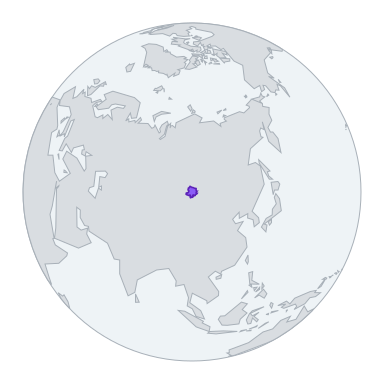 the Earth from above Hövsgöl
{"feature_id": "MNG-3321", "entity_name": "Hövsgöl", "entity_type": "Province", "adm_level": 1, "iso_a3": "MNG", "parent_name": "Mongolia", "parent_adm1": "", "projection": "orthographic", "projection_center": [99.984, 50.195], "detail": "fine", "context": "on_globe", "style": "filled", "palette": "violet", "viewbox_px": 384, "rotation_deg": 0, "n_neighbors": 0, "source": "natural_earth", "source_scale": "10m", "svg_char_len": 13471}
<svg xmlns="http://www.w3.org/2000/svg" viewBox="0 0 384 384"><circle cx="192" cy="192" r="169" fill="#eef3f6" stroke="#a8b0b8"/><path d="M278.7,47.0L282.5,49.5L282.1,51.3L271.2,49.8L269.8,47.7L267.3,47.9L268.9,50.8L270.6,52.7L264.2,59.9L267.7,72.9L274.2,78.2L268.6,76.4L284.6,87.8L289.9,97.2L280.5,85.9L277.0,84.3L279.0,90.2L275.8,89.9L274.9,92.6L270.9,91.9L265.7,85.8L263.0,85.3L264.6,89.5L261.6,91.7L259.7,85.5L254.2,88.7L244.5,79.9L242.7,65.3L234.0,61.1L223.4,48.4L221.0,49.6L215.5,46.0L210.7,46.1L210.1,44.1L206.8,46.0L208.3,47.9L207.4,49.5L204.7,49.8L203.4,47.1L204.6,46.6L202.8,46.0L203.3,44.6L201.6,45.5L200.4,42.4L197.6,46.0L193.3,44.0L193.6,41.9L198.7,41.4L212.2,36.3L214.1,34.6L211.5,32.3L195.8,29.1L195.7,27.7L191.8,26.4L189.5,27.2L191.7,28.7L186.4,30.3L189.7,32.3L188.0,33.3L189.4,36.0L183.6,36.4L177.2,35.6L175.8,33.6L172.9,33.3L169.7,36.1L162.7,33.6L150.5,34.5L149.3,34.0L155.1,30.8L166.6,28.2L174.1,25.4L163.5,28.2L160.7,27.4L157.8,27.8L154.7,28.7L153.5,29.4L151.4,29.6L161.0,26.5L163.1,26.3L160.1,27.2L165.4,26.1L171.9,24.6L170.0,24.6L180.7,23.4L193.5,23.0L206.3,23.6L219.0,25.2L231.5,27.7L243.8,31.2L255.8,35.6L267.5,40.8L278.7,47.0ZM346.9,126.5L345.7,124.8L345.7,123.8L346.9,126.5ZM345.4,125.1L345.7,125.4L345.6,125.5L345.4,125.1ZM345.6,126.1L345.5,125.4L345.8,126.5L345.6,126.1ZM346.0,127.8L345.7,126.8L345.8,127.0L346.0,127.8ZM346.1,129.6L346.1,130.0L345.7,128.9L346.1,129.6ZM271.8,53.7L269.3,50.9L269.0,48.6L271.5,50.8L271.8,53.7ZM271.8,58.8L269.7,57.2L272.7,56.6L273.0,57.7L271.8,58.8ZM279.6,82.3L278.2,79.3L280.7,82.4L279.6,82.3ZM275.5,93.2L276.9,94.2L275.9,95.2L275.5,93.2ZM192.5,35.6L191.0,35.7L191.5,35.2L192.5,35.6ZM194.5,36.6L196.2,35.8L197.4,36.2L196.3,36.7L194.5,36.6ZM268.8,95.1L266.6,96.7L267.9,94.0L268.8,95.1ZM192.1,37.6L199.3,37.0L201.4,37.8L199.1,40.3L192.1,37.6ZM264.8,96.9L259.6,101.0L262.4,103.5L251.7,99.1L259.6,96.9L260.8,93.1L262.2,96.0L264.8,96.9ZM209.9,48.4L208.2,46.4L212.1,47.8L209.9,48.4ZM212.7,48.9L225.9,51.6L227.1,55.0L222.4,53.3L225.9,57.7L219.9,57.9L216.7,55.6L217.1,53.3L214.5,55.2L212.7,48.9ZM246.7,96.2L244.7,96.4L245.8,95.0L246.7,96.2ZM207.3,50.2L209.9,50.4L211.1,53.2L206.1,53.5L207.3,52.5L207.3,50.2ZM229.8,58.8L229.8,61.1L224.9,61.9L224.3,63.0L219.9,58.2L229.8,58.8ZM205.7,52.0L203.6,53.6L200.6,52.6L204.8,50.3L205.7,52.0ZM213.5,53.9L213.8,55.4L212.0,54.6L213.5,53.9ZM188.7,50.4L191.8,50.3L192.7,51.7L188.7,50.4ZM203.0,54.3L204.0,54.6L204.7,55.2L202.7,56.1L203.0,54.3ZM216.8,59.3L214.8,59.2L218.4,61.2L214.9,62.1L212.6,58.8L212.1,60.6L211.0,60.9L210.4,58.0L216.8,59.3ZM202.8,58.9L198.7,55.4L192.8,55.2L191.9,53.8L201.5,54.4L202.8,58.9ZM207.3,58.6L204.3,58.5L204.6,56.7L206.9,55.8L207.3,58.6ZM213.3,63.9L219.3,63.4L219.6,64.2L213.3,63.9ZM201.0,59.2L202.1,60.0L200.6,59.3L201.0,59.2ZM209.5,62.8L211.5,62.5L211.8,63.3L209.5,62.8ZM202.4,62.1L201.1,60.9L202.6,60.2L202.4,62.1ZM205.6,62.7L205.5,64.0L203.9,60.6L206.5,62.4L205.6,62.7ZM209.4,63.7L210.3,64.1L208.5,63.7L209.4,63.7ZM197.5,65.8L195.2,61.8L198.5,60.1L200.3,64.2L197.5,65.8ZM50.5,99.6L52.3,97.1L60.1,99.9L57.0,107.4L57.7,125.5L56.9,129.1L51.6,132.5L47.9,155.2L52.9,155.2L54.8,172.6L59.4,181.2L70.3,173.4L62.8,159.0L66.7,151.2L76.9,158.1L84.2,171.1L86.0,168.6L85.7,156.2L91.8,155.4L86.1,151.7L85.2,156.0L81.6,154.0L82.2,150.0L84.4,149.7L83.4,145.1L73.5,147.9L71.4,152.5L66.2,143.8L62.2,150.9L59.2,150.4L64.8,138.3L67.6,136.1L74.3,119.5L70.8,121.0L64.3,136.9L64.3,133.7L59.6,136.3L63.2,131.8L71.2,114.6L69.5,106.8L59.5,105.5L60.1,100.7L64.1,93.5L75.5,86.7L72.9,98.4L76.9,96.7L84.0,89.2L82.6,93.6L85.2,92.1L84.9,96.5L91.0,98.3L91.6,102.5L100.3,99.4L101.8,101.3L96.2,102.5L92.7,105.8L95.1,116.7L97.4,117.7L102.9,114.9L102.8,118.5L107.8,114.5L112.3,119.6L111.0,110.1L117.3,107.2L123.5,108.4L125.3,105.9L115.4,104.0L111.6,104.8L108.7,108.2L98.3,109.7L96.1,106.8L106.2,99.3L104.2,94.6L112.9,91.2L134.5,97.6L140.2,102.7L136.5,117.8L131.5,118.3L130.4,113.0L125.7,120.9L128.8,118.8L128.8,121.9L134.9,120.4L135.2,122.6L140.5,117.5L141.5,120.0L138.1,123.2L148.0,123.5L151.8,128.3L153.9,127.4L155.0,125.0L159.1,133.0L160.5,131.9L159.7,128.9L161.9,125.0L167.3,121.3L168.4,124.3L166.6,126.0L164.4,134.2L159.4,138.7L160.4,139.5L165.0,136.4L167.7,126.3L170.7,123.3L170.1,128.1L170.6,126.1L172.4,125.5L175.2,127.8L176.1,122.7L194.7,113.9L202.1,117.9L199.5,122.8L213.7,121.0L220.9,126.4L220.1,123.4L226.4,121.1L224.2,119.3L224.3,117.8L239.5,111.7L243.9,112.9L249.5,107.7L249.2,106.3L246.2,105.1L251.7,99.1L262.4,103.5L262.7,106.4L269.1,107.5L269.0,114.1L271.8,120.3L267.9,127.5L270.5,132.1L272.8,132.0L278.0,138.5L281.0,152.6L268.7,141.4L262.3,121.8L264.1,129.6L260.7,128.0L259.6,131.0L261.0,136.8L263.0,137.3L250.4,148.7L248.2,165.0L255.4,162.5L260.4,166.1L264.2,184.2L252.1,211.3L258.6,217.7L259.3,222.6L254.2,226.8L253.1,219.7L247.6,218.0L247.8,213.6L239.3,218.3L239.1,212.2L232.6,219.3L235.5,223.7L243.1,221.5L237.5,230.6L245.7,237.6L247.0,247.1L234.7,265.2L221.5,271.3L220.8,274.1L215.3,271.2L208.3,277.0L218.7,291.5L218.5,295.6L207.1,303.6L206.8,300.7L192.3,293.2L189.8,302.7L200.7,310.6L204.5,319.0L196.1,316.4L192.3,308.8L187.2,305.9L188.5,297.7L184.0,284.5L175.6,286.2L176.2,280.9L168.8,268.5L156.6,270.0L137.3,279.9L134.8,292.4L128.1,295.8L119.7,273.9L119.7,260.0L114.2,259.0L107.5,243.2L89.0,231.1L88.5,226.4L84.6,225.5L80.2,217.5L80.3,210.0L76.7,207.2L77.0,227.0L81.1,230.1L87.6,228.1L86.7,234.0L91.2,242.7L78.5,248.1L54.5,238.2L55.8,227.9L56.5,188.9L58.5,186.7L58.7,186.4L58.9,185.6L55.2,188.5L56.6,181.1L52.3,205.9L50.0,214.3L54.1,238.5L52.8,238.7L55.3,244.9L67.5,253.0L66.8,255.8L58.8,263.3L45.0,264.0L49.0,276.9L51.6,284.6L47.9,280.2L42.0,269.8L36.9,259.0L32.5,247.8L29.0,236.4L26.2,224.8L24.3,212.9L23.3,201.0L23.1,189.1L23.3,185.8L23.7,179.7L23.9,174.7L24.9,167.5L25.4,163.8L25.5,163.4L28.4,149.9L32.3,136.7L37.4,123.8L43.5,111.5L50.5,99.6ZM51.8,103.4L50.2,105.0L51.8,103.4ZM88.3,191.1L95.1,198.3L98.5,188.1L101.4,190.1L101.5,186.0L98.7,187.3L99.8,176.6L105.1,177.6L107.6,173.7L105.4,171.1L95.6,171.3L93.8,186.3L89.5,187.7L88.3,191.1ZM160.1,27.6L159.3,27.8L156.0,28.6L157.4,28.0L160.1,27.6ZM142.5,33.8L139.4,33.9L142.6,33.3L143.9,32.4L152.2,30.3L149.1,33.7L149.0,32.4L142.5,33.8ZM162.3,28.9L157.4,29.5L162.9,28.7L162.3,28.9ZM99.9,80.9L97.6,83.6L94.6,84.0L93.8,79.6L98.2,78.9L99.9,80.9ZM95.2,87.4L105.4,81.7L106.3,84.5L104.1,83.8L103.6,86.2L99.9,85.9L90.8,94.6L87.5,95.6L87.8,86.4L89.5,88.7L91.6,85.8L95.2,87.4ZM129.9,64.9L134.4,63.3L130.6,71.3L126.9,72.0L125.8,67.4L129.6,64.0L129.9,64.9ZM186.6,42.5L188.5,41.9L188.9,42.6L187.5,43.6L186.6,42.5ZM190.1,50.2L178.4,46.0L180.1,45.0L171.3,44.1L172.2,41.3L177.9,41.9L172.0,39.2L177.4,38.7L173.0,37.3L185.5,38.9L190.2,38.6L184.6,40.0L183.6,42.5L184.6,43.5L190.9,46.2L200.5,47.1L201.1,50.0L199.0,51.9L196.8,52.1L197.1,50.1L193.9,51.9L192.7,49.1L190.1,50.2ZM173.6,76.3L174.9,73.1L168.3,77.7L167.0,74.3L166.4,75.1L163.4,73.4L158.5,72.7L158.7,71.0L156.8,71.5L154.8,70.5L152.1,70.6L151.6,67.8L148.3,67.8L149.9,66.5L144.4,67.3L148.2,65.4L146.0,64.2L143.5,66.7L146.7,52.4L145.1,48.4L141.7,46.3L148.7,43.8L156.3,44.4L163.2,47.1L163.8,51.5L166.8,49.7L168.0,51.4L165.1,52.1L170.2,52.1L170.4,53.7L176.6,57.1L183.9,56.4L186.3,57.8L183.5,58.8L187.9,59.5L184.3,62.5L186.0,63.6L184.1,67.9L177.8,69.7L180.1,70.8L178.8,74.3L173.6,76.3ZM196.8,67.0L189.5,69.4L185.2,68.9L190.3,61.7L189.3,60.3L192.4,56.0L198.5,56.9L197.1,58.0L197.1,59.3L195.2,58.5L196.7,60.1L194.8,61.8L195.4,63.6L192.9,63.8L196.8,67.0ZM59.2,129.8L59.2,132.1L59.9,134.9L56.9,136.8L59.2,129.8ZM64.5,118.0L64.9,119.4L61.0,123.1L61.1,120.9L64.5,118.0ZM68.5,117.2L65.2,119.2L67.0,116.9L68.5,117.2ZM97.0,103.7L97.9,105.2L96.7,106.2L94.7,106.4L97.0,103.7ZM153.7,90.4L155.2,88.3L156.2,88.6L161.7,85.8L163.0,88.2L160.3,90.8L153.7,90.4ZM67.2,172.8L63.9,172.4L64.1,170.0L65.2,170.6L67.2,172.8ZM58.7,153.9L59.1,159.6L57.9,154.3L58.7,153.9ZM156.1,92.5L158.2,91.1L157.6,93.2L156.1,92.5ZM164.3,89.9L164.2,92.2L163.8,88.2L164.3,89.9ZM68.0,301.7L69.8,308.6L65.1,303.6L61.1,298.6L58.2,292.7L62.7,296.1L64.0,294.8L68.0,301.7ZM246.2,331.0L251.1,330.2L250.9,330.7L246.2,331.0ZM241.1,330.6L246.8,329.6L240.1,331.7L241.1,330.6ZM248.9,329.1L254.7,326.9L257.1,325.6L256.7,326.6L248.9,329.1ZM237.3,331.4L216.1,333.9L207.7,333.2L209.8,331.5L223.4,330.9L237.3,331.4ZM209.1,331.5L196.2,326.9L178.2,310.4L184.7,311.2L203.4,321.3L202.2,322.9L210.0,326.7L209.1,331.5ZM240.2,319.2L238.9,323.9L227.3,325.3L222.0,325.1L218.3,319.4L220.4,316.1L224.8,315.8L241.4,302.1L247.3,303.8L242.2,309.6L247.0,313.0L240.2,319.2ZM135.5,293.9L139.2,302.2L135.5,302.3L135.5,293.9ZM248.0,292.3L241.4,298.9L247.4,290.6L248.0,292.3ZM251.4,284.6L251.9,287.3L249.1,285.2L251.4,284.6ZM220.8,278.3L216.2,279.3L216.0,277.2L221.7,274.6L220.8,278.3ZM248.0,255.0L248.3,261.7L247.5,264.1L245.3,260.5L248.0,255.0ZM170.8,113.2L161.7,114.2L156.1,116.9L154.3,121.5L152.9,115.7L161.6,111.4L170.8,113.2ZM191.7,113.4L193.1,109.7L195.1,111.2L195.0,112.3L191.7,113.4ZM190.7,111.2L187.7,106.9L190.2,104.8L192.1,108.6L190.7,111.2ZM171.6,99.2L168.8,99.2L169.3,97.4L171.6,99.2ZM278.1,337.4L279.0,336.8L277.2,337.9L273.1,340.2L272.2,340.6L266.9,343.0L234.8,355.2L228.3,356.5L231.0,355.3L227.0,353.0L229.3,352.7L229.1,349.9L248.7,342.6L263.0,332.0L272.7,328.9L280.8,320.4L290.4,316.3L286.8,322.0L296.0,319.3L304.2,306.0L307.7,311.8L313.0,309.2L312.3,310.6L301.7,320.5L290.2,329.5L278.1,337.4ZM341.8,269.9L342.1,269.6L341.6,270.4L341.8,269.9ZM341.5,270.4L342.4,268.6L342.0,269.6L341.5,270.4ZM338.1,272.7L338.9,271.3L339.1,271.4L338.1,272.7ZM258.2,328.4L265.2,323.3L268.8,321.8L258.2,328.4ZM337.4,272.8L335.8,274.8L336.0,274.0L337.4,272.8ZM337.7,271.3L337.6,270.7L338.4,271.3L337.7,271.3ZM334.7,273.3L336.6,272.4L334.4,273.7L334.7,273.3ZM333.4,274.9L331.9,275.9L332.1,275.5L333.4,274.9ZM314.7,292.6L320.5,292.7L315.5,296.6L309.9,297.7L304.9,303.7L294.1,309.5L296.7,306.3L295.4,304.1L283.8,308.3L281.4,307.3L285.7,304.1L277.8,305.6L286.5,301.1L289.9,303.9L294.7,298.2L302.8,294.7L310.4,291.5L316.2,290.4L314.7,292.6ZM286.3,310.4L287.7,309.7L286.3,311.5L286.3,310.4ZM329.1,276.7L331.2,276.4L330.9,277.1L329.8,277.9L329.1,276.7ZM317.6,288.7L324.0,280.4L325.4,279.2L321.1,286.4L317.6,288.7ZM322.6,279.3L325.4,277.4L326.8,278.1L326.2,279.1L322.6,279.3ZM268.6,313.4L268.3,314.7L266.0,314.5L268.6,313.4ZM271.6,311.7L278.4,310.5L271.0,312.9L271.6,311.7ZM250.3,313.4L252.4,315.8L259.0,312.3L254.0,316.3L258.3,319.7L256.7,321.8L252.5,318.0L250.8,323.5L247.8,324.0L246.3,320.0L249.4,313.8L252.3,310.8L264.1,306.7L250.3,313.4ZM271.6,308.2L269.8,305.3L271.1,302.5L273.1,303.7L271.6,308.2ZM264.2,298.2L259.1,295.1L254.6,297.9L263.5,289.2L266.9,293.7L264.2,298.2ZM259.6,289.4L255.5,292.0L259.7,287.2L259.6,289.4ZM254.3,290.7L253.7,287.6L257.0,287.2L254.3,290.7ZM261.8,288.9L262.3,283.1L264.2,286.0L261.8,288.9ZM251.8,280.3L259.3,284.2L249.8,284.0L248.7,272.8L252.7,271.6L251.8,280.3ZM269.5,225.1L268.1,221.7L271.5,219.6L271.5,222.6L269.5,225.1ZM281.3,210.7L272.0,218.0L264.2,224.1L267.0,225.0L265.9,231.9L261.4,227.1L266.2,218.4L272.2,214.9L272.4,209.2L276.3,203.8L274.3,197.3L275.8,193.6L279.5,198.6L281.3,210.7ZM273.2,194.7L271.1,182.3L277.9,181.5L279.8,184.1L278.0,190.0L274.5,190.0L273.2,194.7ZM272.6,179.2L269.3,179.2L259.2,163.2L258.7,159.7L270.0,171.0L267.4,171.7L268.7,175.9L272.6,179.2ZM245.7,97.9L244.8,96.6L246.6,97.2L245.7,97.9ZM223.0,116.9L223.5,114.9L225.7,115.6L223.0,116.9ZM226.0,109.9L223.2,110.5L225.7,108.6L226.0,109.9ZM217.0,112.1L221.8,110.1L217.9,113.8L217.0,112.1Z" fill="#d9dde1" stroke="#a8b0b8" stroke-width="1"/><path d="M190.1,186.3L190.2,186.5L190.3,186.5L190.6,186.7L190.7,186.8L190.8,186.9L191.2,187.0L191.4,187.0L191.5,187.0L191.8,187.3L192.0,187.5L192.2,187.4L192.4,187.5L193.0,187.5L194.0,188.0L194.3,188.1L194.5,188.3L194.8,188.2L195.1,188.3L195.3,188.3L195.5,188.4L195.8,188.4L195.8,188.5L196.1,188.6L196.0,188.9L196.0,189.0L196.0,189.3L196.1,189.5L196.2,189.8L196.1,190.0L196.3,190.3L196.4,190.5L196.3,190.8L196.5,190.9L196.7,191.0L196.9,191.3L197.0,191.3L196.9,191.4L196.7,191.5L196.5,191.9L196.5,192.0L196.4,192.1L196.2,192.3L196.1,192.5L196.1,192.8L196.4,192.9L196.5,193.0L196.8,193.1L197.1,193.2L197.2,193.3L197.3,193.3L197.2,193.5L196.9,193.5L196.8,193.8L196.7,193.9L196.6,194.0L196.4,194.2L196.2,194.3L195.9,194.3L195.7,194.5L195.5,194.8L195.4,194.8L195.2,195.1L195.2,195.3L195.2,195.5L194.8,195.6L194.6,195.6L194.1,195.2L193.5,194.9L193.4,194.9L193.4,195.0L193.2,195.2L193.2,195.3L192.9,195.3L192.8,195.5L193.1,195.6L193.1,195.8L192.9,195.9L192.8,196.0L192.7,196.1L192.8,196.2L192.7,196.2L192.7,196.3L192.7,196.5L192.8,196.7L192.9,196.8L192.7,196.9L192.5,197.0L192.4,197.0L192.4,197.3L192.2,197.3L191.9,197.1L191.6,197.1L191.5,197.4L191.4,197.5L190.9,197.6L190.7,197.5L190.4,197.7L190.2,197.3L190.1,196.8L190.1,196.7L190.3,196.3L190.3,196.2L190.4,195.9L190.3,195.7L190.3,195.2L190.2,195.1L189.6,195.1L189.5,195.3L189.4,195.5L189.2,195.5L189.0,195.4L188.9,195.4L188.5,195.3L188.3,195.3L188.2,195.4L187.4,194.9L187.1,194.8L186.7,194.8L186.5,194.7L186.1,194.3L186.0,194.2L186.0,193.9L186.1,193.7L186.4,193.5L186.5,193.4L186.5,193.2L186.7,193.3L186.8,193.3L187.0,193.3L187.1,193.2L187.4,193.0L187.4,192.9L187.4,192.7L187.6,192.7L187.8,192.6L188.0,192.7L188.3,192.5L188.4,192.3L188.8,191.7L188.8,191.4L188.8,191.2L188.8,190.9L188.7,190.9L188.4,190.7L188.2,190.4L188.2,190.2L188.3,190.1L188.2,190.0L188.2,189.9L188.0,189.7L188.1,189.3L188.1,189.2L188.2,188.9L188.2,188.7L188.3,188.5L188.4,188.3L188.4,188.2L188.5,188.2L188.8,188.2L188.8,187.9L188.9,187.7L189.0,187.5L189.2,187.4L189.5,187.3L189.6,187.2L189.8,186.9L189.8,186.7L189.9,186.4L190.0,186.3L190.1,186.3Z" fill="#8b5cf6" stroke="#5b21b6" stroke-width="1.5"/></svg>